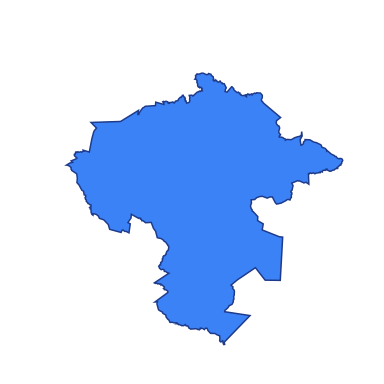 Hidalgo del Parral, Chihuahua, Mexico, rotated 124°
{"feature_id": "50627088B29513043306551", "entity_name": "Hidalgo del Parral", "entity_type": "district", "adm_level": 2, "iso_a3": "MEX", "parent_name": "Mexico", "parent_adm1": "Chihuahua", "projection": "robinson", "projection_center": [-105.698, 27.115], "detail": "fine", "context": "isolated", "style": "filled", "palette": "blue", "viewbox_px": 384, "rotation_deg": 124, "n_neighbors": 0, "source": "geoboundaries", "source_scale": "gbopen_adm2", "svg_char_len": 5940}
<svg xmlns="http://www.w3.org/2000/svg" viewBox="0 0 384 384"><g transform="rotate(124 192 192)"><path d="M300.0,79.7L298.6,81.3L262.0,74.8L273.0,98.0L271.8,98.5L268.4,97.6L266.1,97.5L265.8,97.8L262.8,96.0L260.1,96.3L258.3,97.4L257.4,97.3L255.2,99.1L253.9,99.3L250.5,101.4L249.8,102.2L249.2,104.5L247.8,104.9L247.4,107.6L239.3,105.2L219.3,97.1L224.2,82.1L215.9,69.4L178.7,91.6L180.3,94.7L184.2,112.6L178.6,115.1L179.0,121.7L175.6,123.7L174.0,130.5L174.3,131.2L173.0,132.4L172.8,133.4L171.6,135.0L170.4,135.9L167.9,136.5L165.4,138.6L163.2,135.8L160.5,135.2L157.9,133.3L156.2,131.2L155.0,126.2L152.6,124.7L151.2,122.6L154.2,117.1L154.7,115.1L151.4,111.9L146.4,109.2L145.5,109.1L144.4,108.1L143.8,106.3L142.0,106.8L141.1,106.5L138.9,108.0L137.8,108.0L136.6,109.1L136.7,110.1L135.5,110.4L134.5,110.1L130.2,111.8L128.9,114.3L123.6,110.8L123.3,109.8L122.7,109.1L121.9,104.3L120.2,102.9L120.2,99.5L111.7,105.7L111.3,104.9L110.2,104.9L109.8,103.3L108.3,102.2L108.2,100.3L107.2,99.9L105.0,97.5L104.3,97.4L104.4,96.6L103.0,96.5L102.5,95.1L101.6,95.6L100.5,95.3L99.3,93.3L98.1,93.6L98.2,93.0L97.6,92.7L98.1,92.1L97.8,89.6L97.1,88.5L95.3,87.6L94.2,86.4L92.5,86.1L91.4,84.9L91.4,85.4L90.9,85.5L89.5,84.8L87.5,84.6L86.3,83.7L86.0,84.2L84.6,83.9L83.6,84.5L81.7,84.6L80.8,85.7L80.9,87.2L81.6,88.3L82.2,88.5L82.7,90.4L82.0,92.5L82.5,93.2L82.2,94.5L82.7,97.7L82.0,103.4L82.6,103.4L81.8,104.2L81.4,106.0L82.2,109.4L80.9,111.1L80.9,112.2L81.5,116.5L82.5,118.8L82.8,123.4L85.3,127.6L86.2,127.0L88.2,127.5L89.6,126.7L90.9,126.9L92.2,127.9L88.2,131.6L84.0,132.0L80.6,134.8L84.1,133.0L85.0,133.7L85.7,133.5L86.6,134.9L89.5,137.2L93.2,139.0L95.2,142.6L96.7,143.5L96.0,143.8L95.9,144.6L96.2,145.6L96.1,147.3L96.7,149.0L97.7,150.2L96.9,150.9L95.0,150.6L94.3,153.0L93.4,153.9L89.9,155.1L88.7,156.7L88.9,158.0L88.3,160.0L87.3,161.0L85.7,161.8L80.7,160.2L78.3,182.6L77.6,184.2L77.8,185.0L76.7,186.1L74.4,186.5L72.5,187.8L71.7,190.6L73.8,194.1L74.8,194.3L75.0,195.3L77.1,196.7L77.9,196.5L77.5,197.6L79.3,198.5L79.0,199.0L79.5,199.5L79.4,200.5L80.1,200.5L81.2,201.6L81.3,201.1L82.0,201.1L82.0,200.5L82.6,200.1L82.6,202.7L83.9,204.0L84.3,205.6L83.7,206.0L84.0,207.3L83.2,207.7L83.6,208.5L83.3,209.5L84.4,210.2L84.0,214.0L83.7,214.7L83.1,215.0L82.4,217.3L82.6,218.0L89.7,218.8L90.2,220.8L87.7,221.8L86.5,221.8L84.2,225.9L85.2,227.4L84.7,227.8L85.1,228.8L84.3,230.8L86.2,231.5L86.4,233.0L85.8,234.1L86.5,234.7L86.1,235.5L87.6,235.7L87.3,237.1L86.1,237.4L84.6,238.9L84.5,241.1L83.8,242.1L84.5,244.5L85.9,244.5L86.2,245.4L86.8,245.9L87.1,248.8L87.9,250.3L90.1,251.9L91.2,253.2L91.2,253.8L92.0,254.1L92.3,253.8L93.7,254.1L94.7,253.0L95.9,252.9L96.1,252.3L96.8,252.5L96.3,251.3L96.9,250.0L98.4,249.3L99.1,247.9L100.8,246.7L101.2,245.9L101.4,245.2L101.0,244.9L101.3,244.1L100.6,244.0L100.6,243.2L100.2,242.7L100.6,242.2L100.5,241.7L101.1,241.8L102.2,240.0L102.7,240.2L102.9,241.1L103.9,241.2L104.2,242.3L105.4,242.6L106.2,243.5L111.9,244.9L111.8,246.3L113.5,248.3L114.8,246.6L116.9,245.6L117.4,244.9L118.5,244.5L120.0,244.9L121.3,246.2L120.4,247.2L120.4,248.1L119.6,248.2L119.6,249.6L118.4,249.7L118.2,250.6L117.5,250.8L117.6,252.2L116.7,253.3L117.2,254.0L119.5,253.8L119.6,254.4L120.2,254.7L122.6,255.1L124.1,254.8L125.9,256.5L128.0,256.4L128.3,256.8L128.0,257.8L128.4,258.7L129.0,258.8L130.4,260.7L131.0,260.3L131.8,261.2L130.8,262.5L131.2,264.0L131.9,264.9L132.7,265.2L132.9,266.4L133.6,266.7L133.9,265.4L135.1,264.2L137.8,272.3L140.8,270.6L147.1,278.7L148.9,279.2L149.6,279.8L152.0,280.0L155.8,280.0L157.6,279.5L158.0,280.3L154.3,282.0L173.5,290.7L190.8,314.6L192.4,306.9L195.7,307.3L197.4,307.0L203.8,304.8L216.3,299.5L218.1,305.3L218.5,304.4L219.5,305.5L220.5,305.5L221.0,306.9L222.3,307.9L222.4,309.1L223.6,309.4L223.3,310.0L224.0,310.8L226.0,310.0L226.5,310.6L227.3,310.2L227.8,309.3L228.2,306.4L229.8,306.9L233.8,309.6L234.2,307.5L236.3,309.5L239.9,311.1L239.4,310.2L239.0,307.9L239.5,305.6L240.6,305.2L241.4,303.6L241.4,297.7L244.7,294.8L248.6,292.6L249.3,289.7L252.1,284.4L252.0,282.9L252.3,282.0L254.7,279.8L254.2,278.4L255.5,277.3L256.3,277.6L257.6,276.2L257.7,275.1L258.9,274.4L259.1,272.7L259.7,271.8L259.4,271.3L259.7,269.7L259.2,268.5L260.6,267.6L261.9,268.2L261.9,267.1L262.8,267.1L262.5,266.4L265.6,264.0L265.9,263.0L266.5,262.6L266.6,261.1L265.2,261.8L264.1,258.9L264.3,256.1L265.6,254.0L264.4,249.6L265.8,243.2L269.0,239.4L265.2,228.2L262.8,228.6L262.0,227.7L262.3,225.8L261.5,224.6L261.1,221.4L252.9,225.4L253.2,228.0L247.7,228.0L244.4,229.8L243.7,221.7L243.1,221.5L242.6,219.8L243.4,219.5L243.1,218.5L243.9,217.4L243.3,216.7L243.2,215.8L243.5,213.4L240.0,208.8L243.7,203.6L244.9,200.2L249.3,195.2L247.9,191.6L247.9,188.5L248.3,188.1L248.4,186.7L248.1,185.9L249.1,184.0L249.1,182.9L249.9,182.1L249.9,181.3L250.7,180.4L253.6,179.1L254.2,179.5L255.5,179.6L257.2,179.2L258.1,178.6L258.5,179.0L259.7,178.8L260.8,179.8L262.1,179.8L262.8,179.1L264.2,179.2L264.4,178.7L266.2,178.0L268.0,178.5L268.6,177.9L269.8,177.9L270.0,177.5L270.2,177.9L272.1,178.1L273.4,176.2L273.6,174.1L272.4,173.0L272.0,172.0L273.3,170.5L272.6,169.5L272.7,167.7L272.2,165.7L288.4,172.4L288.3,171.3L287.2,170.2L287.5,169.3L286.7,168.6L286.7,167.6L286.0,167.3L285.7,166.3L286.4,165.7L285.8,165.5L286.1,162.2L287.0,161.2L287.8,161.6L287.8,161.0L288.4,160.4L287.6,158.7L287.8,156.6L288.3,156.1L289.0,155.9L303.9,161.2L302.4,159.2L304.4,158.5L308.2,154.1L308.5,153.2L308.1,149.5L308.9,148.3L308.6,145.0L310.1,143.6L311.0,140.9L311.2,139.0L312.3,137.8L312.3,137.1L311.0,135.6L310.6,133.8L308.9,131.4L309.0,130.5L309.6,130.8L309.2,130.2L309.6,129.2L308.8,128.0L308.6,125.9L307.4,124.1L305.6,123.4L306.3,121.9L305.3,120.6L306.5,118.5L306.4,116.4L303.2,112.4L302.6,110.7L302.7,110.0L302.1,109.6L302.0,108.8L301.3,108.9L300.8,108.4L300.1,108.9L299.1,106.5L299.2,104.8L297.3,104.6L296.6,103.3L298.0,101.1L298.8,97.6L296.4,93.7L296.4,91.2L295.7,88.8L297.9,86.9L299.7,86.0L300.2,85.1L300.2,84.2L298.2,83.4L300.4,81.1L300.7,80.2L300.0,79.7Z" fill="#3b82f6" stroke="#1e3a8a" stroke-width="1.5"/></g></svg>